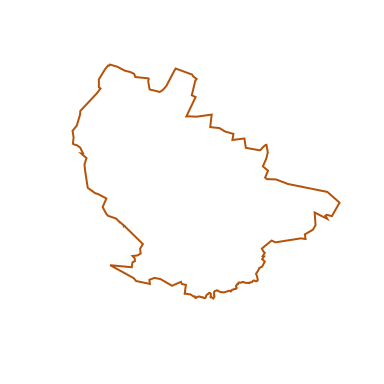 outline of Nácori Chico, Sonora, Mexico, rotated 297°
{"feature_id": "50627088B84390839219422", "entity_name": "Nácori Chico", "entity_type": "district", "adm_level": 2, "iso_a3": "MEX", "parent_name": "Mexico", "parent_adm1": "Sonora", "projection": "natural_earth1", "projection_center": [-109.021, 29.616], "detail": "fine", "context": "isolated", "style": "outline", "palette": "amber", "viewbox_px": 384, "rotation_deg": 297, "n_neighbors": 0, "source": "geoboundaries", "source_scale": "gbopen_adm2", "svg_char_len": 5050}
<svg xmlns="http://www.w3.org/2000/svg" viewBox="0 0 384 384"><g transform="rotate(297 192 192)"><path d="M266.5,59.8L261.8,58.8L254.2,58.2L250.0,57.9L243.0,61.5L242.7,63.5L236.7,62.4L213.5,55.7L210.2,57.1L198.9,59.2L192.3,57.8L186.9,61.7L180.9,64.0L180.8,65.3L181.4,68.2L180.8,72.2L176.9,77.5L176.4,77.1L176.0,75.9L174.3,82.6L167.7,83.7L162.6,87.0L148.4,97.2L147.1,105.6L147.0,106.4L147.1,106.9L147.5,109.1L147.4,118.6L147.1,118.7L138.0,119.2L133.6,125.6L132.7,128.0L133.9,136.5L132.9,139.4L132.3,141.2L132.5,141.2L131.2,146.8L130.7,146.6L130.5,146.8L131.1,147.1L130.5,149.0L123.3,171.9L117.9,171.5L113.9,174.2L110.8,172.3L108.0,168.1L106.9,171.1L104.4,172.5L102.4,170.9L97.6,172.5L89.6,152.2L88.8,179.2L87.3,182.6L91.0,196.2L94.4,193.9L98.4,197.5L100.1,203.4L99.4,216.8L106.9,222.9L105.4,224.7L106.5,228.7L98.0,231.7L98.1,231.9L98.3,232.0L98.6,232.0L98.8,233.1L98.8,233.3L98.8,233.5L98.9,234.0L99.0,234.2L99.1,234.4L99.2,234.6L99.3,234.8L99.3,235.0L99.4,235.4L99.5,235.7L99.6,235.9L99.8,236.5L100.0,237.1L100.0,237.4L100.0,237.7L99.9,238.1L99.9,238.3L99.8,239.2L99.7,239.7L99.7,239.9L99.7,240.1L99.7,240.4L99.7,240.6L99.8,240.8L100.0,241.2L100.2,241.8L100.2,242.0L99.6,242.3L99.3,242.5L99.3,243.1L99.4,243.4L99.6,243.8L100.0,244.1L100.4,244.1L100.7,244.2L101.0,244.3L101.2,244.5L101.3,244.6L101.4,244.9L101.5,245.2L101.7,245.4L102.2,245.8L102.3,246.1L102.4,246.6L102.3,246.9L102.3,247.1L102.4,247.6L102.5,248.4L102.7,248.7L102.9,248.8L103.1,249.0L103.1,249.3L103.1,249.5L103.0,250.1L102.9,250.6L102.9,250.8L102.9,251.0L103.0,251.2L103.4,251.5L104.0,251.9L104.0,252.0L104.7,252.0L105.5,251.8L106.5,251.8L107.1,251.8L107.3,251.8L108.1,252.3L108.5,252.6L108.7,252.8L108.8,252.8L109.0,252.9L109.4,252.9L109.5,252.9L109.7,253.1L110.2,253.5L110.2,253.9L110.1,254.3L110.0,254.6L109.9,254.9L109.8,255.0L109.6,255.1L109.4,255.2L108.6,255.6L108.1,255.9L107.9,255.9L107.3,256.0L107.2,256.1L106.7,256.3L106.8,256.5L107.2,256.7L107.2,256.8L107.2,257.2L107.1,257.6L106.9,257.9L106.9,258.0L106.9,258.3L107.0,258.5L107.1,258.8L106.9,259.0L106.8,259.3L107.2,259.4L107.4,259.4L107.6,259.3L108.1,259.3L108.4,259.4L109.0,259.5L109.1,259.4L109.5,259.2L109.7,258.8L110.0,258.4L110.4,258.4L110.9,258.3L111.2,258.1L111.5,257.8L111.9,257.4L112.8,257.2L113.2,257.1L113.3,257.1L113.6,257.3L113.8,257.4L114.2,257.4L114.5,257.7L114.8,258.0L115.1,258.3L115.4,258.6L115.6,258.7L115.7,258.9L115.8,259.0L115.9,259.4L115.9,259.5L115.7,259.8L115.7,260.7L115.8,261.3L115.8,262.3L115.7,262.7L115.7,262.8L115.8,263.3L116.3,263.9L116.5,264.4L116.5,264.6L116.5,264.8L116.6,265.0L116.6,265.3L117.0,265.9L117.4,266.4L120.3,269.4L120.5,269.5L120.8,269.7L121.0,270.1L121.2,270.5L121.2,270.8L121.0,271.2L120.9,271.3L120.9,271.5L121.0,271.6L121.1,271.8L121.6,271.9L122.0,271.9L122.5,271.9L123.0,272.1L123.3,272.3L123.5,272.8L123.6,273.0L124.5,273.5L124.8,273.7L125.0,273.9L125.2,274.1L125.2,274.4L125.2,274.6L125.6,275.1L125.9,275.3L126.5,275.3L126.8,275.4L126.9,275.1L127.0,274.9L127.2,274.7L127.4,274.6L128.2,273.9L128.4,273.8L128.6,273.8L128.8,273.9L129.7,274.2L129.9,274.2L130.2,274.1L130.3,274.1L130.5,274.1L130.7,274.5L130.9,274.9L131.3,274.9L131.9,274.7L132.4,274.6L132.5,274.6L132.7,275.0L132.8,275.1L133.0,275.5L133.0,275.8L133.1,276.3L133.4,276.6L133.7,276.8L133.7,277.0L133.8,277.1L133.9,277.3L134.7,277.8L134.9,278.0L135.0,278.2L135.2,278.5L135.2,278.9L135.1,279.3L135.2,280.0L135.4,280.7L135.7,281.8L136.4,283.1L136.7,283.3L136.7,283.5L136.6,284.0L136.8,284.4L136.9,284.5L137.4,284.5L137.5,284.6L137.9,284.9L138.0,285.1L138.3,285.3L138.5,285.7L138.6,286.0L138.8,286.3L139.0,286.4L139.6,286.5L140.0,286.5L140.3,286.6L140.5,286.8L140.7,287.0L141.1,287.1L141.3,287.3L141.4,287.8L141.4,288.1L141.4,288.4L141.3,288.8L141.4,289.1L141.5,289.5L141.8,289.9L141.9,290.0L142.5,290.2L142.5,290.3L142.6,290.5L142.8,290.6L143.2,290.6L143.3,290.6L144.6,289.8L145.7,288.7L147.0,287.6L148.1,286.2L153.2,286.7L154.7,286.4L157.5,288.4L163.1,288.4L164.0,285.0L167.3,285.5L166.9,284.1L170.8,284.5L171.5,282.5L173.3,279.9L184.9,285.0L185.0,289.2L200.1,310.0L201.7,314.5L205.5,311.8L213.4,316.9L218.6,317.1L229.4,310.6L229.5,324.7L231.5,321.6L232.9,322.5L234.0,327.6L249.5,328.3L253.5,312.6L242.5,273.1L242.6,272.5L241.3,261.0L237.5,253.0L238.0,250.6L245.5,250.1L247.0,243.5L254.2,243.1L254.6,243.1L255.2,243.0L256.2,242.8L257.4,242.6L258.6,242.3L260.1,241.9L261.7,241.6L262.3,241.1L264.2,239.7L267.8,236.9L267.6,236.7L267.4,236.3L266.0,235.6L264.0,234.9L262.9,234.5L262.1,234.4L261.3,234.2L260.5,233.9L260.2,233.7L259.9,233.4L255.8,219.9L263.5,214.4L256.7,204.4L262.6,202.5L260.9,194.0L261.4,187.4L258.1,178.8L259.1,178.4L269.9,174.4L261.3,162.1L257.7,154.3L256.8,152.7L278.2,152.1L278.1,147.9L292.6,144.4L294.8,144.8L295.6,140.4L296.7,138.9L294.6,121.4L292.2,121.2L275.2,121.0L273.3,120.7L269.8,119.7L268.0,118.8L266.7,117.9L266.3,117.4L266.1,116.0L265.4,112.8L264.2,108.2L264.3,107.7L264.6,107.3L270.9,102.6L273.0,102.2L273.4,101.4L268.7,89.3L271.0,86.8L270.9,82.6L269.6,77.1L269.7,68.5L268.3,61.0L266.7,60.6L266.5,60.3L266.5,60.0L266.5,59.8Z" fill="none" stroke="#b45309" stroke-width="2"/></g></svg>